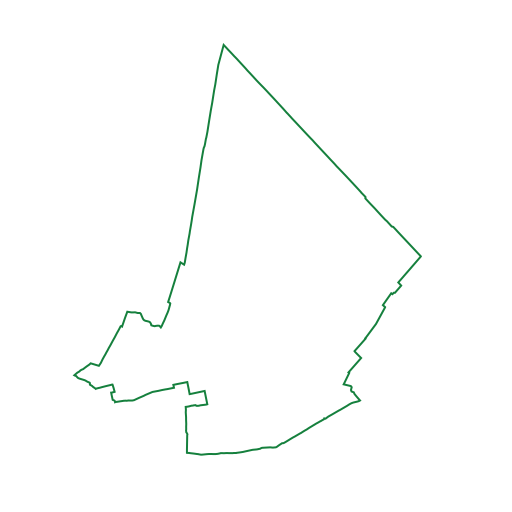 Posta Calnau, Buzau, Romania (Albers equal-area conic projection), rotated 278°
{"feature_id": "2599482B12204688423442", "entity_name": "Posta Calnau", "entity_type": "district", "adm_level": 2, "iso_a3": "ROU", "parent_name": "Romania", "parent_adm1": "Buzau", "projection": "albers", "projection_center": [26.87, 45.248], "detail": "fine", "context": "isolated", "style": "outline", "palette": "green", "viewbox_px": 512, "rotation_deg": 278, "n_neighbors": 0, "source": "geoboundaries", "source_scale": "gbopen_adm2", "svg_char_len": 5490}
<svg xmlns="http://www.w3.org/2000/svg" viewBox="0 0 512 512"><g transform="rotate(278 256 256)"><path d="M304.1,386.3L304.5,385.9L304.8,385.5L304.8,385.4L305.0,385.2L306.2,383.8L307.1,382.7L307.5,382.2L308.4,381.2L309.2,380.0L310.1,378.6L310.4,378.3L310.7,377.9L312.0,376.3L314.1,373.7L316.9,370.3L319.9,366.7L323.9,361.6L328.2,356.3L328.5,356.2L328.9,356.2L329.2,356.3L329.7,356.2L333.5,351.3L333.7,351.2L337.1,347.1L347.0,334.9L355.6,324.0L355.7,323.8L358.2,320.9L362.2,315.9L376.3,298.5L378.6,295.8L380.2,293.7L383.3,289.8L386.6,285.7L397.0,272.8L400.0,269.2L400.2,268.9L400.4,268.7L401.8,267.0L401.8,266.9L402.2,266.4L405.3,262.8L413.1,253.3L422.1,242.2L424.4,239.3L424.6,239.0L428.0,234.6L429.9,232.2L435.6,225.3L438.3,221.9L440.3,219.6L447.2,211.2L448.3,209.9L450.1,207.6L450.4,207.2L450.5,207.0L451.1,206.3L453.7,203.1L456.3,199.8L458.2,197.5L460.5,194.6L440.9,192.2L440.3,192.1L435.4,192.0L430.5,191.9L420.2,191.8L414.3,191.5L401.3,191.3L393.9,191.0L384.6,190.8L378.5,190.7L372.1,190.6L366.3,190.3L365.1,190.1L359.4,189.9L357.3,189.7L356.2,189.3L354.4,189.1L343.4,188.7L335.6,188.7L325.6,188.5L313.3,188.4L298.0,187.9L285.9,187.4L282.3,187.4L277.4,187.3L271.4,187.1L268.9,187.1L266.4,187.0L262.1,186.8L257.7,186.8L254.0,186.7L251.6,186.7L249.7,186.7L244.5,186.5L240.0,186.4L238.9,186.3L237.4,186.0L239.2,182.1L216.3,178.4L207.7,177.0L202.3,176.1L198.2,175.4L197.8,176.4L197.4,177.4L197.1,177.7L195.2,177.6L194.0,177.4L193.1,177.3L191.5,177.1L190.1,176.9L187.5,176.3L184.7,175.5L179.2,174.1L176.4,173.2L173.6,172.4L172.0,171.7L173.4,170.1L173.4,168.7L172.9,166.7L172.4,165.5L172.5,163.8L172.8,162.0L174.4,161.3L175.6,160.3L176.1,159.1L176.3,157.4L176.4,155.8L176.7,154.5L177.3,153.5L178.4,152.6L181.0,151.0L182.7,150.0L183.4,149.0L183.1,146.7L183.4,144.3L183.2,143.0L182.8,140.4L182.9,136.3L181.9,136.1L176.4,134.9L167.5,133.2L167.8,132.6L167.9,132.2L167.5,131.7L164.1,130.5L160.0,128.9L156.0,127.5L151.9,125.9L147.0,124.1L144.6,123.1L142.0,122.2L139.5,121.2L137.5,120.5L135.6,119.7L132.2,118.4L128.7,117.3L127.0,116.5L125.4,115.7L126.7,107.2L126.2,106.8L125.4,106.2L124.2,104.9L123.2,103.8L122.6,103.2L120.9,101.5L120.0,100.7L119.2,99.3L118.3,98.1L117.0,97.1L115.6,95.3L112.6,92.7L112.4,93.2L112.2,94.2L112.1,94.6L112.0,94.8L111.5,95.3L111.1,95.9L110.7,96.3L110.5,96.7L110.3,97.2L110.1,98.0L109.9,99.0L109.4,102.3L109.3,102.8L109.2,103.5L109.0,104.2L108.8,104.8L108.5,105.4L108.1,106.4L107.9,107.0L107.8,107.5L107.7,107.9L107.5,108.5L107.4,108.9L107.3,109.0L107.0,109.2L106.5,109.3L106.0,109.3L105.7,109.4L105.5,109.5L105.2,109.8L105.1,110.1L105.1,110.4L104.9,110.9L104.7,111.3L104.5,111.8L103.8,112.7L103.4,113.5L102.9,114.4L102.7,114.9L102.4,115.4L102.1,115.8L102.4,116.2L102.6,116.5L102.9,117.3L103.5,118.8L103.7,119.4L104.0,120.1L104.7,121.7L106.3,125.6L108.0,129.9L108.7,131.5L108.7,131.8L105.6,133.3L101.8,134.9L101.5,134.3L100.9,132.7L100.6,132.1L100.5,131.6L98.2,132.4L93.6,134.1L93.5,134.6L93.4,135.1L93.2,135.7L93.1,135.9L92.8,136.2L92.6,136.5L92.4,136.6L92.1,136.7L91.6,136.8L91.7,137.0L91.9,137.3L92.1,138.0L92.2,138.5L92.6,139.8L93.1,141.4L94.1,144.8L94.3,145.4L94.4,146.1L94.5,146.6L94.6,147.1L94.6,147.8L94.7,148.3L94.9,148.9L95.2,150.1L95.3,151.0L95.4,151.9L95.5,152.6L95.6,153.4L95.9,154.3L96.1,154.8L96.2,155.2L99.1,159.7L99.3,160.0L100.2,161.5L101.9,164.3L102.4,165.0L103.0,165.8L106.0,170.8L106.9,172.3L107.0,172.5L107.1,172.8L107.9,175.2L108.9,178.2L110.0,181.1L110.4,182.2L111.4,185.2L111.8,186.6L114.1,193.1L116.9,192.1L118.5,196.6L120.1,201.3L121.6,205.5L118.7,206.5L117.3,207.0L115.6,207.6L110.0,209.5L110.7,211.6L115.2,223.9L102.4,228.4L101.9,227.3L101.3,225.1L100.4,221.7L99.9,220.6L99.6,219.6L99.4,218.4L99.4,217.7L99.7,217.3L99.9,216.9L99.8,216.6L99.4,215.0L99.1,214.4L98.8,213.0L97.8,210.7L97.2,208.9L96.8,207.4L93.9,208.0L92.6,208.1L91.4,208.2L86.6,209.2L83.8,209.6L80.0,210.3L77.2,210.6L74.6,211.0L73.6,211.0L71.7,211.5L71.2,212.0L70.4,212.6L69.9,212.9L69.2,212.8L67.5,213.0L54.4,214.6L51.5,215.0L51.5,216.1L51.7,217.3L51.6,217.8L51.7,222.0L51.7,224.5L51.7,225.3L51.8,226.0L51.7,226.6L51.6,229.0L51.8,230.3L53.0,235.2L53.3,236.6L54.3,243.8L54.8,245.8L55.7,248.2L55.9,248.5L56.1,250.3L56.2,251.3L56.3,252.0L56.6,253.4L56.9,255.2L57.0,256.5L57.4,259.5L57.5,260.3L57.8,261.3L58.2,263.9L58.3,264.0L59.2,267.2L60.2,270.5L60.9,272.3L61.2,273.1L63.6,279.6L64.6,283.8L65.7,286.9L66.5,287.9L66.9,288.7L67.1,289.7L68.5,296.7L68.6,299.3L69.3,302.3L70.0,303.3L71.5,304.8L72.5,305.9L73.9,307.5L74.2,307.8L74.3,308.1L74.4,308.8L74.5,309.2L75.0,310.0L76.1,311.4L77.5,313.1L79.5,315.5L81.6,318.1L82.6,319.5L82.9,319.9L83.5,320.6L83.7,320.9L84.1,321.4L86.4,324.3L87.0,325.2L87.9,326.2L89.1,327.6L90.4,329.2L91.1,330.2L93.0,332.3L94.4,334.0L98.4,338.9L100.1,341.2L100.8,342.0L101.6,343.2L102.0,343.7L102.2,343.9L103.7,345.9L104.7,346.2L104.5,347.2L104.6,347.5L105.0,347.9L105.7,348.6L107.0,349.9L109.6,353.3L113.3,358.0L114.7,359.8L115.0,360.3L120.2,366.9L122.1,369.1L123.5,371.0L124.4,372.7L125.5,375.5L126.2,377.2L126.7,378.2L127.1,378.7L127.4,379.1L130.8,375.2L133.0,372.8L134.6,371.8L135.1,369.5L136.5,368.7L139.4,369.0L140.4,368.0L141.1,360.7L147.9,362.9L152.5,364.4L153.2,364.6L153.6,363.8L169.6,374.3L174.7,367.6L175.5,366.8L189.4,376.0L189.7,375.7L189.8,375.8L205.4,384.3L223.2,391.0L223.3,391.0L225.0,388.5L230.7,391.4L237.9,395.1L237.2,396.4L238.8,397.6L238.9,398.7L246.9,403.9L247.0,403.8L249.6,400.6L267.5,412.2L278.5,419.3L278.7,419.2L280.9,416.4L299.0,393.9L303.9,387.9L304.0,387.2L304.1,386.3Z" fill="none" stroke="#15803d" stroke-width="2"/></g></svg>